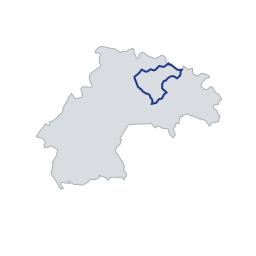 Kankan highlighted on a map of Guinea, rotated 302°
{"feature_id": "GIN-5641", "entity_name": "Kankan", "entity_type": "Prefecture", "adm_level": 1, "iso_a3": "GIN", "parent_name": "Guinea", "parent_adm1": "", "projection": "robinson", "projection_center": [-8.816, 10.042], "detail": "coarse", "context": "in_parent", "style": "outline", "palette": "blue", "viewbox_px": 256, "rotation_deg": 302, "n_neighbors": 0, "source": "natural_earth", "source_scale": "10m", "svg_char_len": 4234}
<svg xmlns="http://www.w3.org/2000/svg" viewBox="0 0 256 256"><g transform="rotate(302 128 128)"><path d="M153.5,167.2L151.7,166.9L150.8,167.3L148.4,170.5L147.0,171.8L144.7,171.4L143.9,171.6L143.3,171.2L144.1,169.5L145.3,166.0L148.3,162.5L148.3,161.8L147.1,159.7L145.9,156.9L145.9,154.0L145.6,151.8L143.0,151.2L142.5,150.8L142.5,150.1L143.9,146.4L144.0,145.6L143.9,144.9L142.3,143.0L139.8,139.5L135.4,132.3L133.8,130.7L132.3,128.5L131.7,127.1L130.1,126.6L115.0,126.7L114.8,128.6L109.6,129.9L106.4,128.4L102.8,129.3L101.1,130.2L99.8,134.4L99.0,135.4L98.2,137.3L97.5,138.3L96.7,140.4L95.1,143.4L93.3,145.3L90.2,146.3L89.3,149.4L88.6,150.6L87.4,151.5L86.2,152.1L83.7,151.5L82.3,152.1L82.1,151.3L82.9,148.8L82.3,147.5L79.9,144.9L79.7,143.7L79.0,142.1L75.9,138.8L73.0,139.0L73.8,136.2L73.7,132.5L72.8,130.5L73.0,128.5L72.5,128.6L71.5,130.0L69.9,129.6L66.8,127.4L65.2,125.2L65.0,123.4L64.7,122.7L63.7,123.1L61.7,123.1L55.6,119.8L51.4,111.7L51.3,109.9L51.9,106.8L51.8,105.9L49.8,108.0L49.4,106.6L47.9,103.4L47.5,101.5L46.1,100.7L44.9,100.5L44.0,101.1L42.8,104.9L41.9,104.9L41.0,104.1L41.2,101.3L43.6,97.7L47.5,88.8L48.9,86.7L49.8,86.0L51.6,85.9L55.2,84.7L59.7,81.9L63.0,82.1L67.0,81.8L72.2,79.9L72.3,73.9L72.1,72.5L70.3,71.3L69.2,70.3L68.3,68.9L67.2,68.0L67.2,67.0L69.5,65.7L71.7,65.7L72.4,65.2L72.9,64.4L73.5,62.2L73.7,59.9L72.3,56.9L72.4,54.7L80.0,55.0L84.2,55.6L87.7,55.8L88.2,56.3L87.7,58.4L88.1,59.6L89.3,60.0L91.2,58.5L92.2,58.8L94.4,60.6L96.3,61.1L98.5,62.1L100.6,62.7L102.4,62.6L103.7,63.6L106.3,64.0L109.6,62.7L112.1,62.1L115.8,61.9L117.7,62.4L123.2,61.3L127.5,61.9L126.9,62.6L124.9,67.4L125.1,68.3L129.5,72.4L130.5,72.7L131.7,72.1L133.6,70.2L135.1,68.2L136.6,67.2L138.3,67.3L139.6,68.7L142.7,74.7L143.5,75.5L144.3,75.5L145.7,74.4L146.4,73.0L149.3,69.1L153.8,67.1L164.5,71.6L166.1,72.0L167.0,71.6L168.3,68.9L172.4,66.6L174.3,66.0L175.4,65.9L175.8,65.2L176.0,64.1L175.8,62.9L174.6,60.9L174.5,60.3L175.2,59.9L176.8,59.6L178.8,59.8L181.0,60.7L182.8,62.0L183.9,63.5L185.9,69.9L188.1,74.9L188.0,81.6L189.0,82.2L190.1,82.5L190.6,83.1L191.7,85.8L192.8,86.6L194.0,86.8L196.3,88.6L197.8,89.3L198.0,89.8L198.0,90.5L197.4,91.5L195.1,93.3L194.0,94.9L191.8,98.7L191.7,99.4L192.2,99.9L193.1,100.0L194.1,99.7L196.2,98.4L197.9,98.8L199.5,99.9L200.0,101.0L200.2,102.4L199.8,104.3L199.8,106.4L200.3,109.9L201.1,113.5L202.0,114.8L207.3,117.9L207.8,119.0L208.0,120.4L207.7,122.2L207.1,123.2L204.2,125.9L203.8,127.2L204.0,129.7L204.2,140.1L205.4,141.8L206.7,142.7L209.9,142.2L209.8,145.1L209.4,148.3L211.3,149.3L212.2,150.3L212.7,151.2L209.8,152.9L208.9,153.9L208.5,156.6L208.6,159.1L212.6,160.9L214.1,163.0L214.8,165.1L215.0,169.2L214.7,170.2L213.6,170.2L211.6,167.7L208.6,167.4L206.3,166.9L202.5,167.3L201.9,168.0L201.4,173.4L202.3,174.4L204.1,175.4L205.3,175.8L206.3,175.7L207.1,176.4L207.2,178.1L206.7,179.5L205.7,180.7L204.5,183.8L204.7,186.7L202.6,191.3L202.0,192.2L199.2,191.3L197.3,191.0L196.0,192.1L194.1,190.3L193.8,188.9L193.1,188.6L191.9,188.6L190.7,189.4L190.2,190.9L190.0,193.8L187.9,196.6L186.4,200.1L184.7,199.7L184.4,200.2L182.6,201.1L181.0,201.3L180.6,200.4L179.7,199.6L178.7,198.2L177.6,197.0L175.4,196.1L174.5,196.5L173.5,196.4L172.8,196.0L172.9,195.2L174.1,193.4L174.7,191.8L175.1,189.9L175.1,188.2L174.5,185.8L173.5,183.8L173.3,182.7L173.4,181.1L173.1,179.6L172.8,178.9L172.4,176.0L171.8,175.5L171.5,173.3L171.6,171.0L170.7,170.1L169.4,169.4L168.6,168.5L168.1,167.5L167.6,167.2L167.2,167.3L166.9,167.9L166.4,168.1L165.6,165.9L165.3,165.8L164.8,166.3L158.6,168.7L157.9,166.7L156.7,166.3L154.7,167.1L153.5,167.2Z" fill="#d9dde1" stroke="#a8b0b8" stroke-width="1"/><path d="M203.8,127.9L203.3,128.3L203.9,129.1L203.9,130.1L204.4,130.1L204.5,130.7L203.6,138.5L204.0,140.0L205.8,142.7L203.9,142.6L201.0,144.2L199.9,144.4L196.1,143.2L196.2,139.4L195.1,137.7L194.0,136.6L191.5,135.4L188.2,135.0L187.6,134.0L186.6,133.5L183.2,133.7L179.6,136.2L178.6,141.9L175.7,140.8L170.8,141.1L168.9,139.0L164.1,138.5L161.2,135.4L163.7,134.6L165.4,132.6L165.5,131.2L167.3,129.1L167.5,126.5L166.8,125.3L166.8,121.1L167.7,118.9L168.1,114.8L173.8,107.1L175.0,106.4L180.1,108.2L184.7,108.6L185.1,113.0L186.2,114.5L189.8,116.0L190.3,118.9L191.5,120.3L197.3,121.7L198.2,124.9L199.4,126.4L203.8,127.9Z" fill="none" stroke="#1e3a8a" stroke-width="2"/></g></svg>